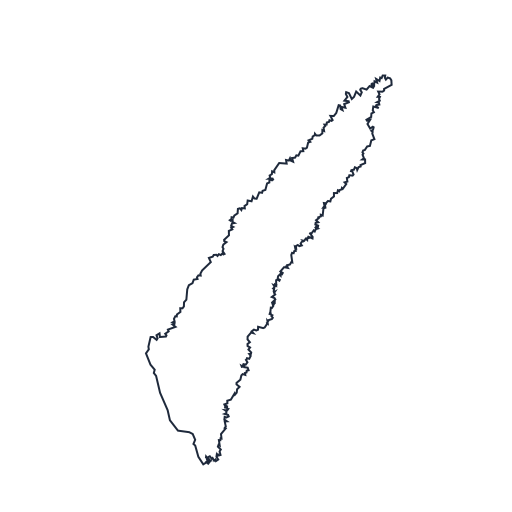 Trinidad, Casanare, Colombia (Mercator projection), rotated 110°
{"feature_id": "7082276B41149975588614", "entity_name": "Trinidad", "entity_type": "district", "adm_level": 2, "iso_a3": "COL", "parent_name": "Colombia", "parent_adm1": "Casanare", "projection": "mercator", "projection_center": [-71.293, 5.357], "detail": "fine", "context": "isolated", "style": "outline", "palette": "slate", "viewbox_px": 512, "rotation_deg": 110, "n_neighbors": 0, "source": "geoboundaries", "source_scale": "gbopen_adm2", "svg_char_len": 6077}
<svg xmlns="http://www.w3.org/2000/svg" viewBox="0 0 512 512"><g transform="rotate(110 256 256)"><path d="M123.0,190.1L122.2,191.4L120.2,191.4L119.2,190.0L115.0,189.0L113.6,186.6L107.9,187.2L105.7,184.7L101.2,188.6L99.5,188.8L98.9,190.4L97.4,189.2L94.8,189.5L94.6,190.5L97.2,192.3L93.8,196.4L89.2,195.4L90.9,197.9L90.2,198.8L86.0,195.3L82.6,196.3L80.6,194.4L79.2,196.1L75.4,196.9L75.0,191.3L74.2,194.6L73.0,194.5L71.5,191.9L69.8,193.0L70.1,194.9L67.7,192.8L66.4,194.1L64.2,194.0L64.8,196.1L61.9,195.2L59.7,197.4L58.3,193.3L56.7,192.2L55.2,192.8L48.8,187.1L44.6,188.9L43.2,190.7L43.3,193.3L45.8,194.3L44.4,195.9L42.2,196.3L43.1,198.7L45.9,198.8L45.8,200.3L49.3,199.8L48.5,203.7L51.6,201.5L51.3,204.4L54.6,203.6L54.1,205.7L54.9,206.2L56.4,205.7L56.3,203.2L57.9,203.5L57.5,207.4L61.8,209.0L61.9,213.4L63.0,214.8L64.2,214.9L66.0,212.6L69.5,212.8L67.2,218.1L72.9,218.3L75.7,219.7L71.2,224.3L71.2,227.3L73.0,227.0L75.3,224.5L79.8,226.0L78.9,221.9L79.8,221.3L83.1,225.1L86.1,222.7L86.7,226.8L89.3,224.7L89.0,226.7L85.8,228.4L86.0,229.9L94.2,229.5L97.9,230.8L98.9,234.0L102.1,230.5L103.2,231.2L103.3,233.4L105.1,233.3L106.3,235.1L108.3,234.6L109.1,236.6L110.1,235.4L112.3,236.4L115.2,234.8L115.0,236.7L118.1,235.6L121.0,237.5L122.1,240.6L121.0,242.4L122.4,242.1L124.3,243.6L126.6,243.2L129.3,246.1L130.2,244.1L131.6,245.8L136.8,245.2L138.2,246.2L138.8,248.9L141.3,247.4L142.4,250.0L147.2,250.5L147.6,252.5L150.2,252.9L151.6,255.6L154.7,253.4L154.5,256.0L152.6,257.5L155.1,257.8L155.5,260.6L158.7,258.8L160.7,266.0L169.1,268.2L171.1,267.4L170.9,269.8L173.7,269.1L175.7,270.7L177.6,269.4L179.0,270.5L177.6,266.9L178.3,266.1L179.4,266.8L179.5,269.5L182.4,268.6L184.0,270.4L190.7,269.8L192.5,272.1L194.5,271.9L195.1,274.7L202.0,275.0L202.5,277.1L201.2,279.2L206.1,278.9L206.7,282.8L210.4,282.0L212.9,283.9L215.1,282.8L215.8,285.6L217.8,285.5L216.7,287.5L217.9,289.1L222.2,287.9L225.4,290.2L227.5,290.3L227.9,292.2L229.8,291.7L231.3,292.8L231.6,291.7L230.1,290.3L232.1,289.6L232.4,287.6L233.6,289.7L236.2,289.7L236.5,287.4L238.0,288.9L239.1,287.4L241.7,290.1L245.8,288.5L251.7,291.5L252.9,290.9L253.1,288.5L256.4,290.6L259.1,290.5L260.4,289.0L262.8,289.1L264.8,286.3L265.7,287.2L265.1,288.5L267.2,289.4L267.0,291.5L269.1,292.2L268.4,293.6L269.5,296.1L271.4,296.4L273.9,299.6L277.2,296.4L288.0,301.7L291.7,302.2L293.3,301.3L293.9,303.5L296.2,304.2L297.6,303.1L299.5,306.4L303.3,306.4L306.4,309.1L310.8,309.2L320.9,306.5L324.1,307.8L328.1,306.5L330.3,307.2L331.0,309.3L334.4,307.9L338.0,310.3L339.9,309.8L340.2,311.2L343.1,311.6L345.2,310.2L346.8,311.6L346.7,309.6L347.9,309.4L348.9,311.0L350.1,307.4L355.3,313.6L356.7,312.3L360.1,314.7L361.2,313.0L362.5,313.1L365.0,318.6L361.7,320.2L364.5,322.4L367.1,320.3L368.8,320.7L367.3,325.0L368.2,327.3L378.0,326.1L380.4,324.8L385.1,326.1L394.2,318.0L397.5,312.3L400.9,312.0L402.8,308.9L417.3,299.4L431.1,286.3L439.8,280.7L446.8,269.6L444.4,258.5L444.9,254.6L449.5,250.3L454.0,250.5L454.9,248.3L464.4,241.5L469.8,234.3L466.8,231.9L467.5,229.9L465.7,229.3L465.6,231.1L463.9,228.7L463.3,230.6L464.5,233.0L462.8,231.6L462.4,234.1L461.5,234.3L462.3,233.0L460.0,230.9L461.7,228.2L460.7,227.7L462.7,225.3L461.2,224.5L462.4,223.5L460.2,221.9L458.2,224.5L456.7,224.8L457.5,224.1L455.5,223.9L456.2,222.8L455.1,221.3L452.1,223.4L449.9,222.9L448.2,226.6L446.2,226.6L446.5,225.3L441.7,227.9L441.3,226.5L439.4,226.9L439.3,226.0L435.3,228.0L428.4,225.5L428.3,226.6L426.5,226.1L422.2,228.8L421.3,226.8L420.5,229.8L417.9,230.4L417.9,228.6L416.1,226.8L414.9,227.9L415.1,231.4L413.9,230.1L411.9,230.8L411.5,232.3L411.0,230.3L409.3,229.8L409.5,230.8L407.9,231.5L409.5,233.7L407.1,232.2L406.9,233.2L407.9,233.3L406.3,235.0L404.2,232.5L401.8,233.5L399.6,230.5L392.4,229.1L393.4,228.3L391.0,227.4L387.7,228.2L384.6,226.7L383.3,230.4L381.9,230.9L377.6,228.4L373.2,228.9L371.5,228.1L371.4,225.4L369.7,226.4L368.7,225.1L366.9,225.5L365.9,223.9L363.8,225.6L364.5,229.0L363.5,229.4L365.0,231.4L364.2,232.1L364.4,231.0L361.9,230.8L361.6,228.5L358.8,227.7L356.5,230.6L357.0,229.5L355.1,229.5L354.9,227.2L351.7,226.8L350.4,228.8L349.7,227.3L348.3,227.5L346.5,231.1L344.0,230.3L343.5,233.1L341.6,233.9L339.1,232.3L337.3,235.4L334.6,236.3L329.6,234.4L329.4,232.2L328.3,234.3L325.9,232.8L325.9,230.3L324.6,228.9L321.8,229.8L321.3,224.6L320.2,223.4L315.8,222.3L314.6,223.3L315.2,222.0L313.0,223.1L313.7,221.9L312.4,222.8L309.8,219.5L308.3,219.1L307.3,220.8L306.1,220.4L305.8,223.2L304.8,222.8L304.5,224.2L304.3,223.2L299.5,224.4L299.4,223.3L297.1,222.7L295.1,224.3L295.0,223.0L293.9,223.7L293.7,222.4L292.2,222.9L292.7,224.2L290.2,223.0L289.2,224.2L289.1,227.1L285.6,224.8L284.5,226.3L283.1,226.0L283.9,226.7L283.2,227.3L280.6,227.7L280.6,228.7L277.5,227.5L278.1,228.6L277.4,229.4L277.5,228.5L276.3,228.6L276.9,226.9L271.9,228.8L270.8,227.6L271.2,225.6L270.3,225.5L269.9,227.9L267.4,228.3L265.3,227.3L266.0,226.1L263.7,226.7L264.1,225.3L262.8,225.1L262.2,227.8L256.9,225.8L256.3,222.2L255.4,223.6L255.1,222.9L254.0,223.6L252.4,221.2L249.6,220.7L249.6,219.7L243.0,223.2L240.7,223.2L240.5,221.6L238.3,221.7L237.6,220.4L234.2,222.4L234.7,221.1L233.0,221.9L231.4,220.5L231.9,218.6L230.4,216.6L229.2,218.3L227.6,218.0L226.1,217.3L226.2,215.9L225.5,217.2L225.3,215.9L222.7,215.2L223.4,213.4L221.7,213.9L221.0,212.4L220.3,212.2L220.9,213.5L220.0,213.4L220.2,208.9L218.7,209.3L215.9,213.6L216.2,211.7L212.2,210.5L212.8,209.2L210.3,209.0L209.1,207.4L208.8,209.8L207.4,209.4L208.0,207.7L206.2,208.0L206.1,211.0L204.4,211.3L203.0,209.1L201.8,211.8L199.1,210.0L198.4,210.7L196.6,208.6L195.1,209.2L195.2,207.2L188.1,208.9L186.9,207.3L185.6,208.0L186.6,209.1L184.0,208.4L184.3,209.5L183.0,210.3L182.6,208.4L179.7,207.2L179.3,204.8L176.5,205.1L173.4,203.1L170.2,204.3L169.1,201.2L166.3,201.5L166.6,200.0L165.6,200.2L164.1,198.2L162.7,198.5L163.1,197.4L157.5,195.8L156.5,197.9L154.8,195.6L151.6,197.3L150.2,195.7L148.2,195.9L147.4,192.7L146.1,192.2L143.4,194.6L143.7,195.7L142.7,195.7L141.4,193.5L138.8,193.4L139.0,191.3L140.5,190.3L137.4,190.0L136.1,188.3L134.8,188.9L131.4,185.2L128.0,186.5L128.9,189.1L127.2,188.0L124.4,190.5L123.0,190.1Z" fill="none" stroke="#1e293b" stroke-width="2"/></g></svg>